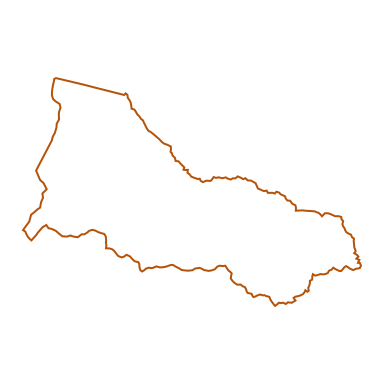 Abadiânia, Goiás, Brazil (Mercator projection)
{"feature_id": "56859067B3268447032130", "entity_name": "Abadiânia", "entity_type": "district", "adm_level": 2, "iso_a3": "BRA", "parent_name": "Brazil", "parent_adm1": "Goiás", "projection": "mercator", "projection_center": [-48.665, -16.168], "detail": "fine", "context": "isolated", "style": "outline", "palette": "amber", "viewbox_px": 384, "rotation_deg": 0, "n_neighbors": 0, "source": "geoboundaries", "source_scale": "gbopen_adm2", "svg_char_len": 3926}
<svg xmlns="http://www.w3.org/2000/svg" viewBox="0 0 384 384"><path d="M237.7,176.4L235.2,178.5L233.2,178.2L230.8,179.5L227.6,178.6L225.9,177.4L222.2,178.2L218.6,177.3L216.1,177.9L213.6,177.1L211.8,179.8L210.5,180.9L206.2,180.7L203.0,182.1L200.7,180.9L199.8,178.7L197.8,179.0L194.7,178.0L191.2,176.6L189.6,174.3L187.5,172.9L187.8,169.9L185.6,170.0L183.5,169.7L184.3,167.4L180.5,163.6L178.5,161.3L175.6,161.0L175.0,157.9L172.6,155.6L171.9,153.2L170.5,151.8L171.0,149.0L170.8,146.5L167.6,144.9L163.8,143.5L161.4,141.5L159.5,139.4L157.8,137.9L153.0,133.8L151.0,132.2L148.3,130.7L146.5,127.8L143.7,122.2L143.0,120.4L141.1,119.0L139.3,116.3L137.4,114.5L135.7,111.5L134.4,109.6L131.5,108.6L131.4,106.3L130.7,102.8L129.9,100.8L127.8,97.8L127.4,94.8L125.6,93.4L124.2,95.0L96.2,87.9L84.6,84.9L56.0,78.1L54.3,78.9L53.8,81.8L53.2,84.2L52.5,87.9L52.0,91.8L51.9,95.4L53.2,99.2L55.9,101.6L59.7,104.0L60.5,107.6L59.1,111.8L58.8,114.1L59.0,119.5L56.7,123.8L56.5,127.3L54.9,132.9L52.8,136.6L51.8,140.5L50.7,142.6L36.1,170.6L40.0,179.8L41.4,181.2L43.5,183.0L46.7,189.2L42.4,193.5L43.0,197.9L41.1,202.1L40.1,207.6L36.9,209.8L34.6,212.0L31.1,214.7L29.3,221.5L23.0,230.1L25.3,231.5L26.0,233.3L27.9,236.9L29.8,239.0L31.4,240.4L35.3,236.1L36.6,234.5L37.7,232.8L42.7,227.1L46.3,225.0L48.5,228.2L51.9,229.0L55.8,230.8L58.7,233.4L60.4,234.7L62.3,236.3L66.9,236.6L70.5,235.5L73.1,236.5L77.9,237.2L81.6,234.3L84.3,234.3L86.9,232.8L89.2,230.8L92.3,229.8L95.4,230.6L98.2,232.1L101.7,233.3L104.2,233.9L105.8,236.5L106.1,240.2L106.0,243.1L106.4,245.3L106.0,248.3L109.3,248.4L111.9,249.1L114.1,250.8L116.4,253.8L118.2,256.0L121.6,257.4L123.9,256.7L126.5,254.8L129.7,256.2L131.5,258.1L133.2,259.9L134.8,261.3L138.4,262.2L139.3,264.1L139.5,267.4L140.4,270.2L142.1,271.5L144.0,270.4L146.0,268.6L149.0,267.7L151.7,268.2L153.9,267.5L156.3,266.4L159.9,267.4L163.1,267.2L166.6,266.5L169.2,265.5L171.8,264.8L173.7,265.3L175.4,266.5L177.6,267.6L179.5,268.5L181.6,270.0L184.7,270.4L188.0,270.7L190.1,270.5L192.5,270.2L195.2,268.5L199.6,267.9L202.0,268.8L204.0,270.1L206.0,270.4L208.5,270.9L211.7,270.4L214.9,269.2L217.3,266.6L219.6,265.7L222.9,266.1L225.3,265.7L226.5,267.6L228.5,270.5L230.4,272.0L231.7,273.3L231.1,275.8L230.8,278.5L232.4,280.8L234.5,282.9L237.3,284.7L240.7,284.6L243.0,286.4L245.0,287.2L246.0,289.1L246.6,291.2L247.6,292.9L249.7,293.4L251.6,293.8L252.3,295.6L253.5,297.1L255.2,296.6L257.2,295.5L260.2,294.5L262.4,295.3L264.6,295.2L266.2,296.1L269.3,296.8L270.3,299.3L271.6,301.5L273.4,303.9L275.0,305.9L277.1,304.4L278.9,302.7L280.7,303.1L283.1,302.7L285.8,304.0L288.0,302.3L291.8,302.8L293.3,301.8L295.5,300.6L293.6,297.9L295.3,296.7L297.7,296.2L300.0,295.6L303.0,294.1L304.7,292.0L305.4,290.2L307.4,291.8L308.8,290.7L308.2,287.9L309.2,285.8L309.9,283.4L309.9,280.8L312.2,279.6L312.3,276.4L312.9,274.2L315.1,275.6L317.3,275.1L320.4,274.1L323.4,274.4L325.4,274.0L327.8,273.1L328.9,270.8L331.8,269.5L333.2,267.7L336.0,269.4L339.2,270.9L341.0,271.1L342.4,269.7L344.1,267.5L346.0,266.1L347.7,267.0L349.9,268.6L353.3,270.1L355.8,268.8L358.0,268.5L359.8,268.1L361.0,265.6L359.8,262.9L358.0,262.8L359.4,259.9L356.4,258.7L358.4,256.6L356.9,254.8L354.2,253.2L355.7,251.2L355.1,249.3L354.3,247.5L354.0,243.7L353.7,241.1L354.0,238.6L352.1,237.3L351.0,234.7L348.6,233.6L346.3,232.2L345.2,230.2L344.4,228.0L343.2,226.5L342.4,224.1L343.2,221.2L341.4,219.0L341.3,217.0L338.7,216.2L335.1,216.2L331.2,214.4L328.2,213.3L325.0,213.2L322.0,216.3L320.1,214.1L318.5,212.8L316.8,212.3L314.9,211.4L312.7,211.2L310.4,211.0L308.3,210.9L305.4,210.7L302.5,210.4L299.6,210.5L295.8,210.7L296.0,208.0L295.4,205.3L292.2,203.7L290.1,200.7L287.3,200.5L285.7,198.5L285.0,196.2L282.7,195.2L280.5,194.3L279.3,192.7L276.4,191.7L274.9,193.5L272.2,192.8L267.9,192.9L266.7,190.6L264.0,191.1L261.5,190.1L259.6,189.2L257.9,188.5L257.0,186.4L255.6,183.2L253.7,182.1L251.0,180.6L247.7,180.4L245.4,178.2L243.2,179.2L240.8,177.7L237.7,176.4Z" fill="none" stroke="#b45309" stroke-width="2"/></svg>